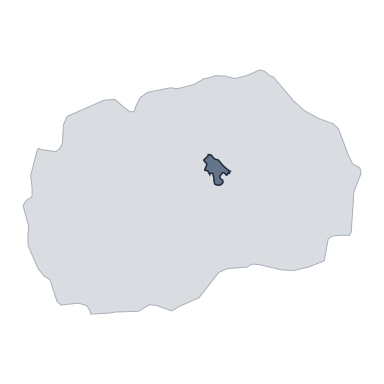 Lozovo on a map of North Macedonia (Robinson projection)
{"feature_id": "MKD-2931", "entity_name": "Lozovo", "entity_type": "Statistical Region", "adm_level": 1, "iso_a3": "MKD", "parent_name": "North Macedonia", "parent_adm1": "", "projection": "robinson", "projection_center": [21.908, 41.74], "detail": "fine", "context": "in_parent", "style": "filled", "palette": "slate", "viewbox_px": 384, "rotation_deg": 0, "n_neighbors": 0, "source": "natural_earth", "source_scale": "10m", "svg_char_len": 2191}
<svg xmlns="http://www.w3.org/2000/svg" viewBox="0 0 384 384"><path d="M170.5,87.8L177.8,88.7L193.8,84.5L203.7,78.8L208.8,77.9L215.5,75.7L225.1,76.1L235.0,78.6L247.4,75.3L259.6,69.9L264.6,71.2L269.9,75.8L273.4,77.0L293.7,101.1L304.9,110.9L318.1,118.3L333.1,123.7L338.5,128.9L348.1,154.6L352.8,164.3L359.1,167.2L360.7,170.0L361.0,173.7L353.9,191.7L351.2,232.1L349.4,235.4L341.9,235.2L331.9,236.1L328.1,239.2L324.2,260.9L308.2,267.1L293.6,270.6L281.3,269.8L259.7,264.7L252.6,264.1L246.6,267.1L227.3,268.6L218.8,272.4L198.9,297.8L178.8,306.6L171.9,311.0L156.5,305.4L149.1,304.8L138.5,311.3L115.1,312.0L108.8,313.1L90.7,314.1L90.0,310.6L86.7,305.5L78.3,303.1L61.1,305.1L57.0,301.4L50.0,279.8L44.5,276.4L38.4,269.1L28.1,245.7L27.9,235.4L28.7,226.4L23.0,205.4L26.6,200.1L32.0,196.7L32.1,188.3L30.7,175.4L37.2,150.2L38.9,148.3L40.5,149.5L55.9,151.6L59.9,148.4L62.4,143.4L63.4,124.9L67.1,116.4L104.2,100.1L115.1,99.5L123.5,107.0L130.1,111.8L134.1,111.6L135.6,106.8L140.1,97.6L147.7,92.3L170.3,87.8L170.5,87.8Z" fill="#d9dde1" stroke="#a8b0b8" stroke-width="1"/><path d="M208.2,154.6L210.1,154.7L211.4,155.2L213.1,157.4L214.4,158.8L216.3,159.5L217.8,159.8L218.9,160.6L221.0,163.2L223.1,165.7L225.8,168.1L228.1,170.0L230.0,171.1L229.6,171.2L229.1,171.4L229.1,171.9L229.6,172.4L229.6,173.0L229.4,173.4L228.5,173.5L228.0,173.5L227.5,173.6L227.3,174.4L227.0,175.0L226.5,175.2L225.8,174.6L225.3,174.0L224.4,173.1L223.6,172.7L222.9,172.7L222.1,173.1L221.6,174.2L220.8,175.0L220.3,175.6L220.0,176.6L219.8,177.7L220.2,178.3L221.2,179.2L222.2,179.9L222.8,180.4L222.8,181.3L222.9,182.2L223.0,182.3L222.5,183.2L221.2,184.4L219.8,185.2L218.7,185.2L217.4,185.1L215.7,184.6L214.9,184.2L214.5,183.2L214.2,181.6L213.9,180.3L213.9,178.7L213.8,177.2L213.2,175.4L213.0,174.0L212.7,173.4L211.9,173.2L210.9,173.2L210.4,173.2L210.0,173.5L209.8,174.2L209.8,174.5L209.2,173.7L208.2,171.8L207.7,170.9L206.6,170.5L205.8,170.5L205.1,170.5L204.7,170.0L204.9,169.1L205.1,168.6L205.6,167.5L206.4,165.9L206.7,165.1L206.7,164.0L206.0,163.0L205.4,162.4L204.5,161.3L204.1,160.8L203.8,160.1L204.2,159.5L205.1,158.7L205.9,158.1L207.1,156.7L207.8,156.1L208.2,155.4L208.2,154.6Z" fill="#64748b" stroke="#1e293b" stroke-width="1.5"/></svg>